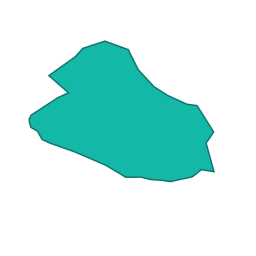 outline of O'giinuur, Arhangay, Mongolia, rotated 38°
{"feature_id": "93677404B35332958759491", "entity_name": "O'giinuur", "entity_type": "district", "adm_level": 2, "iso_a3": "MNG", "parent_name": "Mongolia", "parent_adm1": "Arhangay", "projection": "mercator", "projection_center": [102.599, 47.708], "detail": "fine", "context": "isolated", "style": "filled", "palette": "teal", "viewbox_px": 256, "rotation_deg": 38, "n_neighbors": 0, "source": "geoboundaries", "source_scale": "gbopen_adm2", "svg_char_len": 598}
<svg xmlns="http://www.w3.org/2000/svg" viewBox="0 0 256 256"><g transform="rotate(38 128 128)"><path d="M33.4,135.4L59.5,136.9L56.6,142.4L54.0,147.5L43.8,177.4L44.7,181.8L46.6,184.0L51.1,187.3L58.5,186.2L67.4,189.9L76.0,187.9L100.4,179.7L133.5,171.0L156.4,168.2L168.4,158.8L168.5,158.7L177.5,154.7L187.0,148.3L187.1,148.2L194.1,144.3L194.3,144.2L208.7,126.9L211.5,115.6L222.6,109.5L198.8,91.8L198.0,78.4L176.0,70.5L168.6,67.9L159.5,73.1L139.8,77.8L139.7,77.9L123.1,79.5L100.2,75.8L79.9,66.1L56.3,73.8L43.4,93.0L42.6,104.4L33.4,135.4Z" fill="#14b8a6" stroke="#0f766e" stroke-width="1.5"/></g></svg>